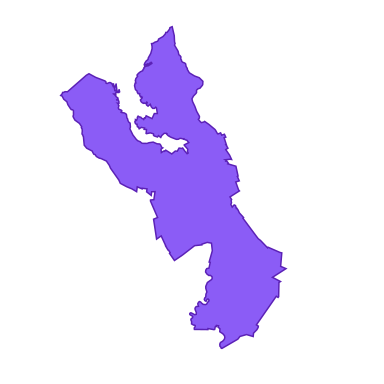 Borosneu Mare, Covasna, Romania (orthographic projection), rotated 148°
{"feature_id": "2599482B5225346003684", "entity_name": "Borosneu Mare", "entity_type": "district", "adm_level": 2, "iso_a3": "ROU", "parent_name": "Romania", "parent_adm1": "Covasna", "projection": "orthographic", "projection_center": [26.017, 45.82], "detail": "fine", "context": "isolated", "style": "filled", "palette": "violet", "viewbox_px": 384, "rotation_deg": 148, "n_neighbors": 0, "source": "geoboundaries", "source_scale": "gbopen_adm2", "svg_char_len": 6083}
<svg xmlns="http://www.w3.org/2000/svg" viewBox="0 0 384 384"><g transform="rotate(148 192 192)"><path d="M262.8,74.2L251.4,66.9L250.8,67.7L246.3,63.6L245.6,63.4L243.8,65.3L243.2,65.6L242.6,65.0L241.9,65.8L240.4,64.5L241.5,63.6L240.8,61.2L242.5,58.8L241.0,55.5L240.6,52.9L241.3,51.2L242.7,49.9L245.2,49.2L247.6,49.3L249.0,48.3L250.0,46.5L249.8,45.2L250.0,44.0L249.5,43.5L231.1,42.9L227.9,44.1L221.3,42.2L216.7,37.0L214.6,39.7L210.0,40.8L207.8,42.0L206.8,43.1L207.8,45.2L175.8,58.9L174.9,57.0L174.0,57.3L166.2,69.2L164.4,69.2L169.0,77.0L152.9,77.2L156.2,82.0L148.1,92.8L149.4,94.1L156.8,104.9L157.5,104.6L159.6,114.7L160.6,117.3L160.9,120.6L162.7,142.7L161.8,143.0L162.9,149.2L162.5,152.1L162.6,154.6L163.1,154.6L162.3,157.5L163.1,158.7L165.9,157.9L165.6,161.0L164.2,161.9L163.4,164.0L162.4,164.6L162.4,167.7L151.2,167.8L151.4,169.1L149.6,177.3L146.0,176.4L145.3,181.2L144.5,181.1L141.1,190.6L146.7,196.9L145.9,197.2L146.1,199.6L146.9,200.2L146.1,200.6L146.7,201.7L142.5,199.7L141.2,198.6L140.6,203.3L140.9,210.1L138.3,210.1L138.2,213.8L137.9,213.5L136.0,221.0L134.3,220.6L133.9,223.8L136.7,224.5L136.4,227.0L138.9,227.4L139.5,227.9L139.3,232.1L139.5,233.2L141.9,240.5L143.9,245.2L145.1,245.1L147.3,245.9L147.7,247.1L148.1,250.3L146.6,250.8L145.6,252.2L145.3,257.9L144.2,263.1L143.6,268.4L142.6,271.1L139.9,272.6L136.3,273.5L135.3,274.1L134.5,275.6L133.7,276.1L132.1,276.3L130.2,275.8L126.6,277.0L125.9,277.5L124.1,280.1L125.3,285.1L128.4,289.1L131.1,294.5L131.0,298.5L130.5,299.3L130.5,301.6L129.5,304.0L129.8,305.2L131.2,307.1L131.5,308.3L131.0,309.5L131.1,310.7L129.8,312.5L129.9,314.0L130.4,315.4L129.2,318.7L129.0,325.8L127.5,327.1L127.5,327.9L127.0,329.0L124.2,334.0L121.2,342.7L123.6,343.1L124.8,342.0L128.6,340.5L129.6,341.2L131.1,340.1L134.2,339.2L139.3,339.4L140.3,338.5L141.4,338.1L144.5,338.8L146.0,338.6L147.7,339.3L148.7,336.7L149.9,334.7L153.5,331.4L158.0,328.9L159.1,327.7L161.4,327.4L163.4,326.5L165.0,325.4L165.2,324.5L164.1,324.7L162.9,323.9L162.0,324.4L161.6,324.0L162.0,323.3L159.5,323.7L158.7,323.3L158.2,323.7L157.7,323.4L157.9,322.3L162.1,322.2L164.1,323.0L165.8,323.2L166.9,322.9L167.4,322.1L168.5,321.9L169.5,321.0L172.0,321.3L174.6,321.0L176.7,320.3L176.8,319.0L179.6,317.9L181.1,316.4L181.0,316.0L182.0,314.6L181.9,314.3L182.6,314.4L184.4,312.6L185.7,308.8L185.1,306.8L185.6,305.4L185.6,304.0L184.8,303.7L184.4,303.0L184.8,302.9L185.2,300.3L184.9,300.1L185.2,300.0L184.8,299.0L184.1,298.7L184.7,298.1L187.0,297.4L187.3,295.6L186.8,293.8L186.0,292.8L185.5,292.9L184.5,291.6L182.7,292.2L182.6,291.6L183.8,290.8L184.4,289.8L183.8,288.1L180.9,288.5L181.4,285.9L181.0,283.7L179.5,282.8L177.8,283.1L177.6,282.1L179.8,276.9L182.4,278.5L187.0,275.4L190.5,280.9L192.4,279.5L193.0,280.1L194.5,279.1L194.7,280.0L195.6,281.1L195.8,282.6L196.7,283.3L197.5,284.9L198.8,284.3L198.9,283.7L201.0,282.2L201.6,283.4L202.4,282.3L203.3,281.8L203.7,280.1L203.3,278.8L202.7,278.5L203.5,277.1L203.7,276.1L203.0,275.5L203.3,273.6L200.8,273.7L198.3,271.4L199.4,270.5L197.5,269.1L199.9,266.0L199.7,265.6L196.0,264.2L193.9,261.8L193.9,261.4L194.6,260.4L194.3,259.5L192.1,256.9L190.6,257.6L189.6,254.8L187.8,255.9L184.5,256.5L182.5,255.2L182.3,254.7L182.8,254.3L182.2,251.9L181.6,251.4L181.5,250.7L180.7,249.4L177.4,245.0L175.7,244.0L173.8,243.9L172.8,243.2L171.5,241.8L170.9,241.6L171.1,241.2L170.4,240.9L170.2,240.1L168.9,238.5L168.6,235.6L173.6,236.1L173.8,235.7L172.9,230.5L174.3,229.0L174.6,227.1L175.6,227.0L175.9,227.1L176.4,230.4L176.6,234.2L177.2,234.1L179.7,236.1L182.9,234.4L184.5,235.6L189.0,235.0L192.1,241.4L193.5,241.0L193.6,241.5L194.2,241.7L197.1,241.7L195.6,244.7L193.5,244.9L194.0,245.5L193.7,248.5L193.9,249.8L196.1,251.4L198.5,254.9L202.4,256.6L204.3,257.0L208.2,259.5L208.8,260.3L209.3,262.1L210.9,264.3L211.4,266.3L211.9,271.7L211.2,278.5L209.8,279.7L208.0,283.2L208.6,284.7L208.4,287.0L207.9,287.8L207.9,289.5L206.6,292.3L206.6,293.2L207.4,294.8L209.7,296.8L209.9,297.3L208.5,297.9L208.5,298.7L210.2,301.1L209.9,302.4L208.2,304.0L208.4,304.7L207.7,305.9L208.0,306.7L206.9,306.0L206.1,307.3L205.7,309.2L207.0,309.8L207.0,310.1L205.3,310.4L205.0,310.9L205.8,312.9L206.0,315.6L206.5,316.7L206.1,316.6L205.0,315.0L204.3,316.3L203.7,316.7L201.3,315.1L200.3,315.3L199.4,317.8L200.3,316.7L201.2,316.5L203.7,318.9L203.4,319.2L202.2,318.3L201.6,318.4L199.5,323.1L198.7,324.1L202.9,321.0L201.1,325.8L202.8,324.1L202.5,326.5L203.2,328.0L204.1,328.6L206.5,329.0L207.2,329.7L206.6,331.3L207.0,332.4L212.9,340.2L216.7,346.9L219.7,347.0L244.5,343.0L246.6,344.4L247.7,344.4L249.0,345.0L249.6,344.3L252.2,343.4L251.3,342.2L251.6,338.7L250.3,334.8L251.0,331.8L250.9,327.2L250.7,325.8L249.7,325.0L249.4,323.9L251.7,320.1L252.7,319.4L253.0,318.3L253.2,315.0L251.1,309.8L251.0,305.8L251.8,305.2L251.8,303.7L252.7,301.9L254.4,299.7L254.6,298.9L254.4,298.4L254.8,297.1L254.7,296.6L258.6,288.8L258.1,284.9L254.9,279.5L255.2,278.1L255.2,275.9L254.3,275.1L254.3,272.8L252.8,270.0L251.3,268.4L248.2,263.6L248.0,258.4L248.5,255.4L247.7,240.9L248.2,237.3L244.6,231.1L241.2,226.3L238.8,221.6L235.7,225.4L232.7,221.1L232.3,221.6L228.5,218.5L230.4,216.2L228.4,210.7L226.1,213.6L223.2,211.9L228.4,205.7L231.4,207.2L232.0,206.4L234.7,188.6L239.0,189.3L247.0,170.8L241.4,171.1L242.8,160.2L243.0,160.2L243.1,155.4L242.7,155.0L242.7,152.2L243.6,151.9L243.2,143.2L233.2,143.6L218.2,145.1L211.6,141.9L211.2,142.5L205.8,141.2L202.6,138.3L205.9,131.4L214.6,123.5L213.8,122.7L217.9,118.5L220.1,119.2L221.6,118.5L222.5,117.5L222.9,116.9L222.8,114.4L221.9,112.2L220.6,111.6L219.9,109.6L220.6,108.1L221.7,107.4L226.9,107.1L230.3,104.7L231.3,103.1L232.4,99.3L234.3,98.0L235.9,95.8L237.5,95.3L238.5,94.4L238.7,93.2L238.1,92.0L237.6,91.9L236.0,93.1L235.1,92.8L234.8,91.8L235.3,90.7L237.7,90.0L238.9,89.2L240.1,89.3L242.0,90.7L242.7,92.5L243.0,94.2L243.8,95.2L245.0,95.0L246.4,94.1L247.1,91.6L249.1,92.6L250.3,92.3L251.2,91.6L251.7,90.5L252.2,87.5L253.2,86.0L254.7,86.5L256.7,89.9L257.4,90.3L258.2,90.2L258.8,89.2L257.3,86.2L258.1,85.1L260.0,84.9L260.7,84.2L261.1,82.1L262.3,80.4L261.2,78.3L260.3,77.6L260.1,77.0L260.7,76.1L262.2,75.5L262.8,74.2Z" fill="#8b5cf6" stroke="#5b21b6" stroke-width="1.5"/></g></svg>